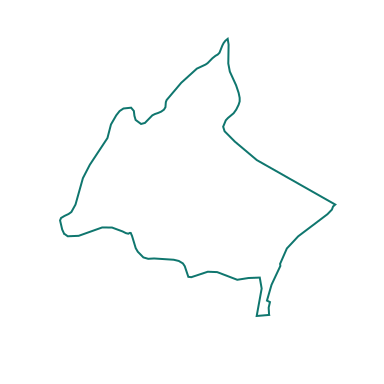 the border of Lanao del Sur, rotated 255°
{"feature_id": "PHL-2574", "entity_name": "Lanao del Sur", "entity_type": "Province", "adm_level": 1, "iso_a3": "PHL", "parent_name": "Philippines", "parent_adm1": "", "projection": "natural_earth1", "projection_center": [124.383, 7.829], "detail": "fine", "context": "isolated", "style": "outline", "palette": "teal", "viewbox_px": 384, "rotation_deg": 255, "n_neighbors": 0, "source": "natural_earth", "source_scale": "10m", "svg_char_len": 1411}
<svg xmlns="http://www.w3.org/2000/svg" viewBox="0 0 384 384"><g transform="rotate(255 192 192)"><path d="M142.8,327.1L141.5,324.5L138.8,322.6L135.5,317.1L121.7,283.1L112.9,269.0L99.8,258.5L97.7,258.2L81.8,244.8L67.7,236.3L65.5,238.8L60.4,236.1L53.6,234.7L53.3,234.7L55.5,222.4L80.7,234.3L91.8,235.3L94.3,224.3L95.5,213.0L108.1,195.6L110.9,186.6L109.9,169.3L111.0,166.5L122.2,165.8L125.4,164.7L128.8,161.4L131.3,156.8L137.6,138.2L138.8,132.4L141.4,128.1L148.3,124.2L152.3,123.1L165.1,122.7L168.3,122.2L168.6,121.2L168.2,119.7L169.4,117.5L171.9,114.7L178.4,105.5L181.0,96.0L179.0,71.2L181.4,60.5L181.8,60.2L184.7,57.8L184.7,57.7L189.3,56.9L198.7,57.2L200.8,58.8L201.9,62.7L202.7,67.1L203.9,70.3L210.0,76.2L233.6,90.2L244.8,100.4L266.0,124.3L278.2,131.2L278.3,131.3L285.7,138.7L288.9,143.0L290.4,147.4L289.2,155.0L285.3,156.8L280.5,156.1L276.2,156.2L273.8,158.1L270.9,160.4L270.9,164.4L276.3,173.5L276.9,176.3L277.1,179.6L277.6,183.0L278.8,186.2L280.8,188.3L285.6,190.0L287.4,191.3L300.3,209.9L309.9,228.6L311.6,238.1L312.4,240.4L315.9,246.3L317.5,250.0L318.1,252.4L319.4,254.6L325.6,259.2L327.7,261.1L329.4,263.3L330.7,266.1L324.9,265.5L306.7,260.3L298.5,259.7L283.7,262.2L275.6,262.7L270.6,262.4L267.2,261.5L264.2,259.6L260.2,256.1L257.3,252.6L254.2,245.9L252.5,243.2L247.0,239.0L242.2,239.2L230.0,246.2L229.9,246.2L206.0,262.9L142.8,327.1L142.8,327.1Z" fill="none" stroke="#0f766e" stroke-width="2"/></g></svg>